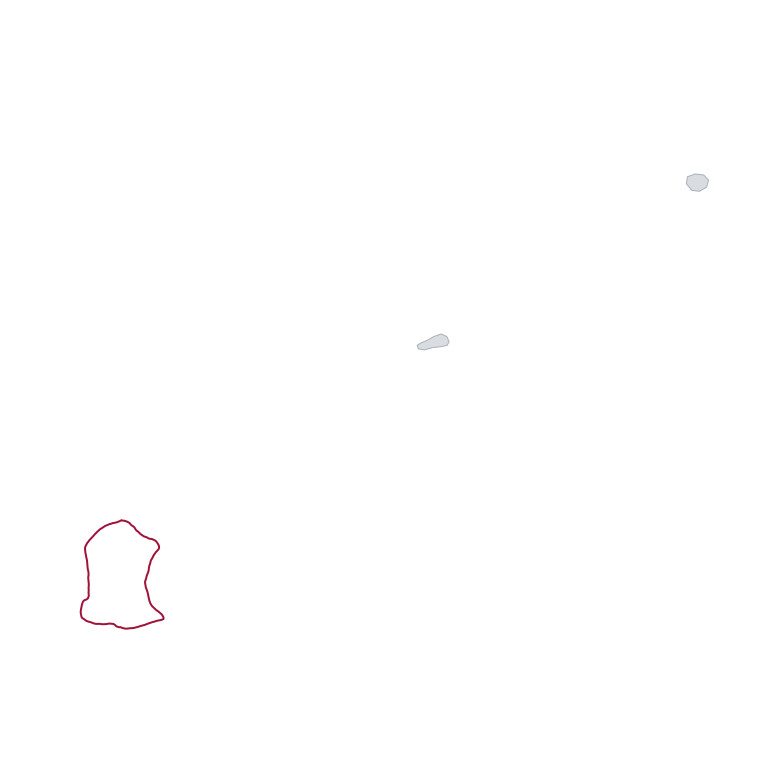 location of Faadhippolhu, Maldives, rotated 233°
{"feature_id": "70690204B52357859866053", "entity_name": "Faadhippolhu", "entity_type": "district", "adm_level": 2, "iso_a3": "MDV", "parent_name": "Maldives", "parent_adm1": "", "projection": "orthographic", "projection_center": [73.502, 5.401], "detail": "fine", "context": "in_parent", "style": "outline", "palette": "rose", "viewbox_px": 768, "rotation_deg": 233, "n_neighbors": 0, "source": "geoboundaries", "source_scale": "gbopen_adm2", "svg_char_len": 2784}
<svg xmlns="http://www.w3.org/2000/svg" viewBox="0 0 768 768"><g transform="rotate(233 384 384)"><path d="M389.6,459.7L384.0,462.7L378.7,461.5L376.9,457.7L379.5,452.0L383.9,444.6L387.0,436.7L391.5,432.5L394.9,433.9L394.5,438.4L392.9,444.5L391.9,452.4L389.6,459.7ZM358.4,765.2L351.4,765.8L347.1,760.2L348.0,752.0L353.5,746.3L362.0,746.0L366.9,751.1L364.4,759.0L358.4,765.2Z" fill="#d9dde1" stroke="#a8b0b8" stroke-width="1"/><path d="M393.5,107.3L395.6,107.3L397.0,106.9L398.3,106.2L399.7,105.5L400.4,104.9L401.0,104.1L401.7,103.5L402.9,102.8L404.1,102.4L405.6,101.4L406.7,100.6L408.7,99.9L410.4,99.3L412.2,99.0L413.9,98.8L415.8,98.2L417.4,98.1L418.8,98.3L420.4,98.3L421.7,97.9L422.9,97.4L424.1,97.2L426.1,97.1L427.2,96.7L428.3,96.1L429.2,95.7L430.2,94.9L431.2,94.2L431.8,93.5L432.4,92.8L433.1,92.5L433.4,91.2L433.5,90.3L433.9,89.1L434.1,88.1L434.7,86.5L435.4,85.1L436.1,83.7L436.7,81.8L437.3,80.5L437.6,79.2L438.0,77.5L438.4,76.3L438.5,75.2L438.6,73.1L438.7,71.7L438.9,69.8L438.7,68.0L438.6,66.8L438.3,64.6L438.1,63.0L437.6,60.8L437.3,59.0L437.0,57.5L436.7,55.4L436.0,52.8L435.5,50.9L434.6,49.2L433.8,47.5L432.6,46.2L431.1,45.3L429.0,44.0L426.6,42.9L424.7,41.9L422.4,40.9L419.8,39.4L418.0,38.2L416.4,37.2L414.0,35.8L412.4,35.2L410.8,34.2L409.0,32.9L407.7,31.5L406.3,30.5L405.2,29.9L403.8,29.0L402.4,28.2L400.8,27.0L398.9,25.3L396.9,24.0L395.6,22.8L393.8,21.6L392.5,20.8L391.8,19.8L391.0,18.5L391.0,16.7L391.2,15.9L391.6,14.7L391.5,13.3L391.2,12.3L390.8,11.7L390.0,10.7L389.2,9.5L387.8,8.0L386.9,7.0L385.9,5.9L384.7,4.8L383.5,3.9L382.0,3.2L380.1,2.3L378.5,2.2L376.8,2.9L375.4,3.3L373.9,3.8L372.5,4.7L370.2,6.4L368.6,7.5L367.5,8.1L366.4,9.0L365.4,10.0L364.7,11.1L363.9,12.1L363.3,12.9L362.0,14.1L360.8,15.6L360.1,16.7L359.3,17.9L359.0,18.5L358.0,20.5L357.1,21.4L356.4,22.3L355.2,23.5L354.8,23.7L352.9,24.3L352.0,24.3L350.7,24.9L349.3,26.0L348.6,26.9L348.0,27.5L346.8,28.1L345.5,29.1L343.7,30.9L342.8,32.4L341.9,34.0L341.0,35.3L340.0,36.9L339.3,38.4L338.8,39.7L338.0,41.6L337.4,43.4L336.9,44.8L336.3,46.2L335.4,48.5L334.8,50.8L334.2,52.8L333.7,54.2L333.1,56.1L332.4,57.6L331.7,59.8L330.8,61.7L330.2,62.9L329.7,64.0L329.2,65.6L329.1,66.4L329.7,67.1L330.9,67.6L333.6,67.9L335.3,67.5L337.2,67.1L338.7,66.7L340.4,66.1L344.4,65.4L346.5,65.1L348.9,65.3L350.1,65.6L352.1,66.2L353.8,67.0L355.7,67.8L357.2,68.6L359.0,69.4L360.2,69.9L361.3,70.3L363.2,70.9L365.4,71.6L366.4,72.2L367.2,72.6L369.0,73.5L370.0,74.4L370.8,75.3L371.4,76.4L372.2,77.4L373.4,78.8L374.5,80.5L375.2,81.7L375.7,82.5L376.9,84.0L378.2,85.2L379.4,86.4L380.2,87.4L380.8,88.4L382.0,90.0L382.8,90.8L383.4,91.7L383.7,92.4L384.3,94.0L385.0,95.3L385.6,96.5L386.3,98.3L386.7,99.7L387.1,101.1L387.3,102.8L387.6,103.8L387.9,105.0L388.7,105.9L389.9,106.7L391.3,107.1L393.5,107.3Z" fill="none" stroke="#9f1239" stroke-width="2"/></g></svg>